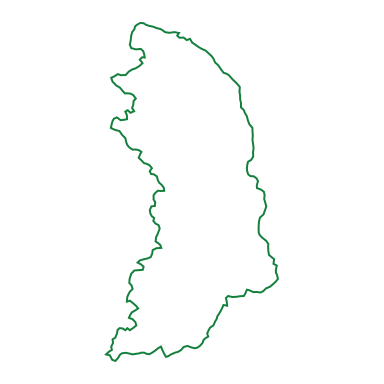 Ipanema, Minas Gerais, Brazil (Mercator projection)
{"feature_id": "56859067B93815931162644", "entity_name": "Ipanema", "entity_type": "district", "adm_level": 2, "iso_a3": "BRA", "parent_name": "Brazil", "parent_adm1": "Minas Gerais", "projection": "mercator", "projection_center": [-41.764, -19.755], "detail": "fine", "context": "isolated", "style": "outline", "palette": "green", "viewbox_px": 384, "rotation_deg": 0, "n_neighbors": 0, "source": "geoboundaries", "source_scale": "gbopen_adm2", "svg_char_len": 3785}
<svg xmlns="http://www.w3.org/2000/svg" viewBox="0 0 384 384"><path d="M143.6,266.6L142.8,269.8L139.0,270.1L134.3,270.5L131.1,274.0L129.6,278.9L129.3,283.0L131.5,285.3L132.6,288.9L129.9,291.7L128.5,294.2L127.3,296.9L126.9,301.6L129.9,300.7L133.2,303.3L136.3,306.1L138.1,308.5L134.9,310.6L131.8,312.4L130.1,315.1L128.9,317.9L132.4,319.1L135.3,322.0L136.3,325.5L132.6,328.4L129.8,330.2L127.4,328.2L125.3,330.2L122.7,328.5L119.7,328.1L117.6,329.8L117.0,333.4L115.3,337.7L112.6,339.3L113.0,343.1L111.2,346.6L111.9,349.9L108.9,351.7L106.1,354.4L109.9,355.4L112.2,359.8L115.3,361.0L118.1,358.0L119.8,354.9L121.9,353.3L125.9,352.8L129.6,353.6L132.6,354.4L135.3,353.9L138.6,353.5L141.2,352.7L144.2,352.7L146.8,353.9L149.4,354.2L152.6,352.4L156.0,350.0L158.1,348.2L161.0,346.6L162.4,350.1L164.2,353.8L166.0,356.9L168.6,356.0L170.8,354.5L174.9,352.7L178.2,351.8L181.1,350.0L183.7,347.0L187.5,345.9L191.0,347.3L194.7,348.3L197.5,347.6L200.3,345.5L202.6,342.8L203.6,339.8L205.7,338.0L208.2,336.6L207.2,333.5L208.5,330.5L210.1,327.6L213.4,325.4L215.2,321.3L216.7,318.9L217.4,316.1L219.1,313.7L220.5,311.3L221.9,308.6L223.5,305.0L227.1,305.7L226.8,301.8L225.9,298.1L228.1,296.0L232.2,297.0L236.4,296.8L240.2,296.2L243.8,296.0L245.3,293.6L246.9,289.7L250.1,290.5L253.2,292.1L257.0,292.0L260.5,292.5L263.2,291.2L266.0,288.4L270.0,286.7L273.2,284.0L275.8,281.6L277.9,278.9L277.1,275.1L275.9,272.6L275.9,269.5L276.8,265.6L273.5,263.8L274.1,259.1L271.3,256.9L269.0,254.9L268.4,251.5L268.1,246.7L268.3,243.9L266.2,240.8L262.1,237.6L259.7,235.0L258.7,232.3L258.6,229.2L258.7,225.1L259.0,221.7L259.9,217.7L263.5,214.4L265.2,209.7L266.3,206.4L265.3,202.8L264.2,199.0L264.6,195.1L263.9,191.8L261.0,189.6L257.0,188.1L256.8,185.4L258.0,181.0L256.3,178.1L253.7,176.3L250.4,176.1L248.3,174.5L247.2,171.4L246.9,168.2L247.3,164.6L248.1,161.7L251.1,160.0L253.2,156.5L253.0,152.0L253.6,148.5L253.2,144.5L252.5,140.3L252.8,135.5L252.5,131.6L252.4,127.9L249.4,124.3L248.0,120.7L246.9,116.4L244.9,112.9L243.8,110.1L241.0,107.4L241.0,103.0L240.2,99.6L240.1,95.7L239.5,91.8L239.8,87.0L236.8,83.4L233.6,80.4L230.8,77.4L229.0,75.3L226.7,73.8L223.6,72.8L221.1,69.5L218.2,65.2L215.1,62.5L213.6,59.0L211.8,56.3L208.8,53.5L205.5,50.5L202.9,49.4L200.5,48.2L197.5,46.3L195.0,44.5L192.1,42.5L190.0,38.8L186.8,40.1L183.7,37.6L179.3,37.7L177.2,35.6L179.0,33.0L174.3,32.1L169.6,32.8L165.2,32.2L163.1,30.6L160.4,29.0L157.0,28.2L153.1,26.7L148.9,25.8L145.8,24.7L143.6,23.2L140.3,23.0L137.6,24.4L135.2,26.2L134.3,29.4L132.4,31.8L131.3,35.1L130.9,38.8L130.5,41.6L129.8,44.6L131.2,48.1L136.0,49.4L140.8,48.9L143.2,51.1L144.1,53.9L144.7,57.5L142.0,57.3L139.8,59.7L142.5,63.1L139.6,65.9L135.5,68.4L132.1,69.5L128.7,71.7L125.7,75.0L120.9,75.2L117.8,74.1L114.6,76.2L111.2,77.8L112.5,81.6L116.3,85.5L119.9,87.6L122.6,90.9L124.9,93.4L127.8,93.3L130.7,93.7L133.3,95.1L135.8,98.6L133.6,100.9L133.3,104.6L132.1,108.0L134.1,111.2L130.5,112.8L127.7,110.2L125.3,111.6L126.9,115.3L127.0,119.2L124.0,119.8L120.7,120.2L116.8,117.4L113.8,118.8L112.5,121.2L111.6,124.4L110.9,128.0L115.2,130.0L119.4,131.0L122.1,134.9L125.4,138.2L126.3,142.4L127.3,145.0L129.3,147.4L132.5,149.6L135.9,149.5L138.9,150.2L141.4,151.9L140.1,154.3L138.7,157.8L141.5,160.4L144.1,163.2L146.7,163.8L149.6,165.3L151.9,168.2L149.7,171.2L151.1,174.0L153.8,174.3L156.9,176.4L157.9,180.3L159.2,182.7L161.8,185.0L163.8,187.8L164.2,190.8L161.1,191.0L157.9,190.7L155.5,192.7L153.6,195.2L153.6,199.5L155.2,202.1L154.9,205.9L151.4,206.4L149.8,210.2L150.4,213.5L151.7,216.1L154.2,218.1L153.3,220.9L155.6,223.6L158.6,225.2L159.7,228.5L158.6,231.4L157.6,234.2L156.1,237.1L155.6,241.5L158.1,243.1L160.2,244.9L161.3,247.9L156.5,248.2L152.7,250.1L152.2,253.6L150.7,257.1L147.3,258.5L143.3,259.4L139.7,260.5L137.6,262.6L140.9,264.3L143.6,266.6Z" fill="none" stroke="#15803d" stroke-width="2"/></svg>